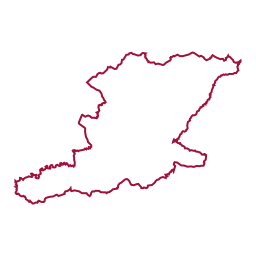 outline of Banjarnegara, Jawa Tengah, Indonesia
{"feature_id": "22746128B31481808975183", "entity_name": "Banjarnegara", "entity_type": "district", "adm_level": 2, "iso_a3": "IDN", "parent_name": "Indonesia", "parent_adm1": "Jawa Tengah", "projection": "orthographic", "projection_center": [109.665, -7.356], "detail": "fine", "context": "isolated", "style": "outline", "palette": "rose", "viewbox_px": 256, "rotation_deg": 0, "n_neighbors": 0, "source": "geoboundaries", "source_scale": "gbopen_adm2", "svg_char_len": 5775}
<svg xmlns="http://www.w3.org/2000/svg" viewBox="0 0 256 256"><path d="M239.6,62.6L240.6,61.6L240.5,60.6L238.2,62.4L237.4,62.3L235.9,62.8L233.8,62.0L233.1,60.2L229.7,56.7L229.1,56.8L228.3,56.2L228.1,55.6L226.9,57.7L225.8,58.0L226.0,59.8L224.1,60.7L222.9,58.8L220.1,59.1L215.7,57.2L212.6,55.2L211.5,56.5L211.5,57.3L211.0,57.8L210.2,57.8L210.0,58.7L206.5,60.2L204.6,58.9L203.6,57.3L201.5,56.1L200.9,55.8L199.4,56.5L194.1,53.0L192.4,52.5L188.8,54.5L182.9,56.1L180.0,56.1L177.4,54.7L174.2,56.4L173.5,55.9L171.7,57.2L170.9,57.1L170.8,57.7L170.3,57.9L170.8,59.3L170.2,60.4L166.0,62.7L164.2,64.5L163.0,65.0L158.1,63.6L155.6,64.2L154.1,62.4L150.4,62.7L149.5,62.2L148.4,62.2L148.5,61.2L147.3,60.5L147.0,59.4L145.4,57.7L145.7,57.3L145.1,56.3L145.6,55.1L145.0,54.6L144.9,53.9L145.5,53.4L142.8,53.0L141.4,53.8L140.6,55.2L137.8,55.5L134.2,54.2L133.0,54.1L131.4,52.8L129.3,53.4L128.6,54.5L126.3,54.8L123.5,59.5L122.0,59.8L121.4,63.3L120.0,64.5L118.5,64.8L116.5,68.7L114.7,69.0L110.4,66.7L110.0,67.5L107.9,67.1L107.6,68.5L106.8,69.9L103.3,73.2L101.4,73.5L100.2,72.8L98.7,73.2L97.4,74.2L96.2,76.7L94.8,76.9L93.9,76.7L92.6,77.1L87.0,82.4L91.6,86.9L93.3,87.5L96.3,89.6L99.5,90.7L101.4,93.4L102.2,96.7L103.2,97.7L104.1,100.0L105.4,101.5L105.6,102.3L104.5,103.2L103.6,102.9L101.9,103.7L101.6,104.2L102.0,104.9L101.6,105.2L100.9,104.8L99.7,104.9L99.5,105.5L98.7,105.4L98.4,107.2L99.3,110.6L98.5,111.8L96.7,112.5L97.3,113.1L97.7,112.4L98.0,112.6L97.5,114.4L98.1,115.2L97.9,116.6L96.9,116.7L97.1,117.6L96.7,118.3L94.1,117.7L91.7,117.8L91.4,117.3L90.7,117.1L90.2,116.3L88.1,115.5L85.2,116.7L82.4,114.8L81.8,115.2L78.8,122.7L79.2,123.8L84.7,127.8L85.2,128.6L85.1,132.1L86.0,137.0L87.3,139.2L88.1,142.1L91.3,145.2L91.2,146.8L90.3,147.0L90.2,148.1L88.8,147.3L88.5,148.9L86.4,148.4L86.1,149.4L84.7,148.8L84.2,149.6L78.9,150.7L78.4,151.2L77.1,150.5L75.8,151.2L75.4,150.6L74.8,151.0L74.3,150.1L73.1,150.3L72.7,150.7L74.8,153.8L73.7,155.7L74.2,157.8L74.1,160.0L74.8,162.1L74.6,165.6L73.9,165.5L73.6,166.5L72.5,165.6L71.1,166.2L70.2,165.1L68.8,166.2L67.1,163.4L66.4,163.2L66.3,164.0L65.6,164.6L64.1,162.8L63.4,163.3L64.2,163.9L62.8,164.7L61.8,164.5L61.2,163.1L60.3,163.2L60.1,164.0L60.6,165.5L60.1,165.9L59.2,166.0L57.3,164.8L56.4,165.1L55.9,165.5L55.6,167.0L54.7,167.5L53.0,167.3L52.3,165.2L51.2,165.1L49.9,166.4L49.9,166.9L50.6,167.8L50.0,168.7L47.6,168.2L47.3,166.1L46.9,165.8L45.5,166.7L46.2,167.7L45.0,169.3L43.1,170.3L42.3,168.5L41.9,168.4L41.2,168.9L42.0,169.6L42.0,170.0L40.1,170.2L40.8,173.7L38.3,175.4L39.0,176.7L38.5,178.2L37.0,178.3L35.6,177.6L36.1,174.9L34.2,175.1L31.9,173.5L31.1,173.8L32.4,175.9L32.4,176.6L31.9,177.0L28.5,176.4L27.7,177.0L25.3,177.7L23.7,178.9L23.1,179.9L21.1,178.1L20.0,177.9L19.9,179.9L19.5,180.6L16.3,181.7L15.4,180.9L15.4,182.3L16.0,182.2L16.3,182.8L16.4,183.9L15.9,184.7L16.6,184.8L17.1,185.7L16.9,186.5L15.8,186.9L16.6,187.3L16.9,188.3L16.4,189.4L16.8,189.8L16.6,190.9L15.6,192.4L15.7,193.0L16.5,194.0L17.4,194.0L17.9,193.5L18.6,193.8L19.7,195.3L21.4,196.3L23.2,196.2L23.6,195.9L24.5,196.8L24.9,196.6L25.6,197.7L25.9,199.2L27.8,200.3L29.2,201.9L30.0,201.8L30.2,201.0L32.6,203.5L33.9,203.4L35.8,202.5L37.4,202.7L37.9,202.0L37.9,201.4L38.7,200.7L41.3,201.9L43.6,202.0L44.5,201.4L44.9,199.0L46.0,197.9L49.4,196.9L53.4,196.4L56.4,194.7L57.3,194.9L58.5,196.0L64.1,194.1L64.7,193.8L64.4,192.9L65.3,191.4L67.8,190.9L68.5,190.1L69.7,189.5L70.6,188.2L70.9,190.4L71.4,191.1L74.7,190.4L79.0,191.3L82.0,193.2L86.6,193.2L87.7,194.7L89.7,196.1L90.7,194.9L91.3,192.7L92.2,191.5L93.1,191.3L94.0,191.6L95.6,190.8L99.3,190.9L100.6,192.2L105.8,192.4L106.7,193.2L107.3,192.4L109.5,192.1L109.8,191.5L111.1,191.0L112.8,189.3L117.3,188.6L117.1,187.9L118.1,187.3L118.1,185.4L119.7,183.4L120.6,183.1L125.3,179.3L127.1,179.1L127.8,179.5L129.3,181.0L130.7,184.1L131.5,184.9L134.1,185.2L136.4,184.2L138.3,183.9L141.2,187.2L141.3,188.1L143.3,188.1L143.8,187.5L145.1,187.7L146.1,188.2L147.5,187.6L147.9,185.6L152.0,185.0L155.1,182.3L155.5,181.2L157.0,179.8L158.5,179.6L160.3,177.9L162.9,177.0L165.8,178.0L166.0,177.3L167.0,176.5L166.4,176.5L165.5,174.7L166.4,174.6L166.6,175.0L167.6,174.1L169.0,174.1L169.4,172.9L170.3,172.0L170.5,172.2L171.3,171.7L171.5,170.5L172.3,169.8L173.0,169.6L173.6,171.3L175.2,166.0L173.8,164.6L174.1,163.0L174.7,162.2L177.3,162.6L181.2,165.4L184.3,165.6L187.4,166.7L191.0,166.4L193.8,166.9L196.8,165.9L199.8,166.2L200.7,165.8L203.5,165.7L204.4,163.9L203.9,162.9L204.3,162.7L204.0,161.7L204.3,160.9L205.2,160.4L205.8,159.3L206.1,155.1L204.5,154.8L205.0,154.2L204.7,154.0L202.1,154.7L200.1,152.5L197.7,151.7L196.1,151.6L195.0,150.5L194.2,150.9L191.2,150.2L189.7,150.7L189.3,149.7L187.2,148.4L185.0,148.4L184.6,146.9L183.4,146.1L181.9,145.6L181.4,144.6L180.1,144.1L180.1,143.1L178.0,143.1L175.9,141.4L174.5,141.4L173.0,142.2L173.2,141.3L174.0,139.4L175.0,140.2L176.1,140.0L177.2,140.3L177.3,139.0L178.6,138.8L178.6,137.6L179.4,136.9L180.2,134.4L181.6,133.7L181.8,132.4L182.6,131.5L183.1,131.2L184.6,131.7L186.2,130.7L186.2,129.8L187.2,129.2L187.6,128.1L187.2,125.5L187.9,122.0L190.0,120.5L189.7,119.9L190.0,118.7L190.7,118.1L191.6,116.3L192.9,115.2L193.9,115.4L195.7,114.7L196.4,113.9L197.0,111.5L199.0,110.6L199.4,109.0L200.9,107.5L200.7,107.2L202.4,106.6L202.6,105.9L203.3,105.9L203.3,104.8L204.0,104.6L204.5,104.0L205.3,104.3L205.2,103.8L205.8,103.0L206.4,103.1L206.4,102.1L207.3,101.6L207.6,100.0L208.7,99.2L209.3,99.4L209.8,97.6L210.5,97.1L209.9,95.5L210.6,94.9L209.8,94.1L211.4,92.4L212.0,89.7L213.4,86.7L213.1,85.2L214.3,85.1L214.0,84.5L215.1,82.5L215.2,81.1L217.1,79.4L218.0,77.7L219.1,76.7L220.4,76.7L221.2,75.3L222.1,75.4L223.4,74.5L224.4,74.9L225.7,74.3L226.8,74.8L228.2,74.5L229.1,73.9L231.7,74.0L233.3,73.8L234.5,73.0L236.2,73.1L237.6,70.9L238.4,70.5L237.3,66.7L238.0,65.7L237.8,64.4L239.1,64.0L239.6,62.6Z" fill="none" stroke="#9f1239" stroke-width="2"/></svg>